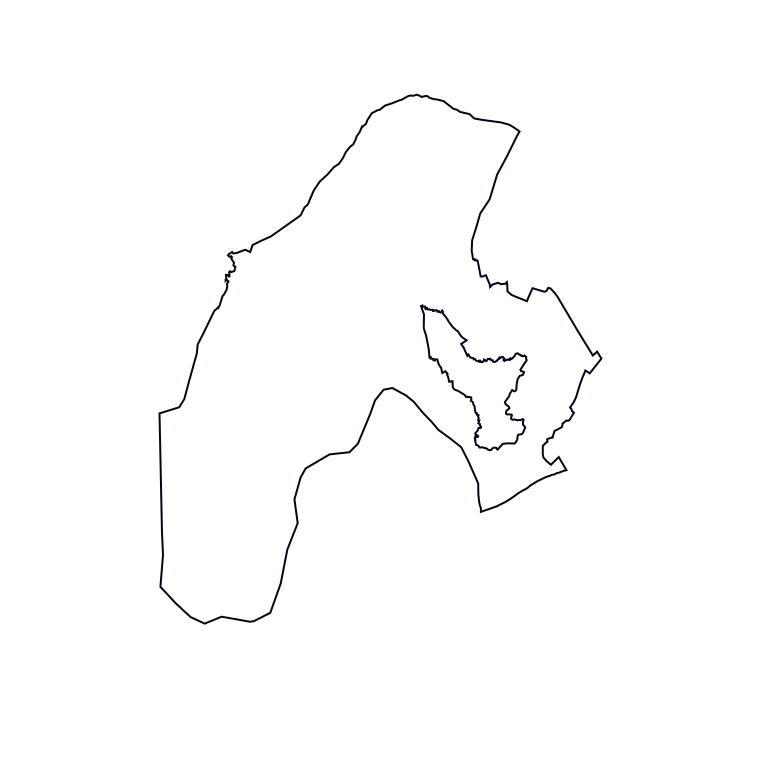 Ohaukwu, Ebonyi, Nigeria, rotated 200°
{"feature_id": "59680162B24000905354670", "entity_name": "Ohaukwu", "entity_type": "district", "adm_level": 2, "iso_a3": "NGA", "parent_name": "Nigeria", "parent_adm1": "Ebonyi", "projection": "natural_earth1", "projection_center": [7.913, 6.539], "detail": "fine", "context": "isolated", "style": "outline", "palette": "ink", "viewbox_px": 768, "rotation_deg": 200, "n_neighbors": 0, "source": "geoboundaries", "source_scale": "gbopen_adm2", "svg_char_len": 6165}
<svg xmlns="http://www.w3.org/2000/svg" viewBox="0 0 768 768"><g transform="rotate(200 384 384)"><path d="M344.0,661.3L343.0,667.6L348.9,669.3L355.1,670.5L363.5,669.8L382.4,665.7L390.1,664.4L396.0,666.9L405.4,665.7L409.3,666.7L413.2,666.4L424.7,670.2L431.4,669.5L434.8,668.7L439.2,668.5L441.8,669.4L443.4,668.9L446.9,666.6L449.2,667.1L452.3,667.0L454.8,665.0L458.8,663.7L461.0,661.4L464.5,657.3L466.8,655.6L472.5,650.5L478.2,646.0L482.0,640.0L483.8,639.0L488.1,634.2L489.9,626.3L489.9,622.3L490.6,621.0L491.7,619.5L492.3,618.0L492.7,618.2L493.0,612.7L494.4,607.2L494.2,604.9L494.8,598.9L497.1,595.2L499.2,588.8L499.9,582.0L501.6,575.7L505.4,570.3L508.7,561.7L513.6,552.3L516.2,541.8L517.0,526.6L519.1,522.7L520.0,514.0L540.8,484.0L547.4,477.6L555.0,469.7L554.9,462.2L560.3,462.7L567.5,456.5L570.4,455.1L571.9,456.1L574.3,452.8L574.6,451.5L572.8,450.7L571.3,451.8L570.3,451.2L570.5,449.9L569.2,448.7L566.4,446.6L566.0,443.9L565.2,443.5L563.8,443.4L563.3,439.8L563.4,438.9L565.8,436.9L567.2,437.4L567.6,437.0L567.6,435.8L566.0,432.5L566.4,432.0L568.2,432.9L569.2,432.8L569.8,432.4L568.3,429.2L567.9,428.8L568.5,427.8L568.2,427.0L568.0,427.5L567.1,427.8L565.2,427.2L565.8,423.9L564.9,422.9L564.1,418.9L564.9,413.5L565.8,411.3L565.3,402.0L565.7,398.9L566.2,399.1L567.3,396.6L568.3,395.0L568.6,393.6L571.1,369.2L572.6,357.4L570.3,348.4L568.2,320.7L566.5,301.5L568.5,292.1L584.9,279.6L541.6,167.9L533.2,147.8L524.7,116.9L504.1,106.4L485.9,98.8L470.6,97.5L457.0,109.8L428.9,114.7L425.3,116.5L412.6,130.1L412.8,161.1L418.2,195.3L417.5,223.7L428.7,245.0L430.4,267.8L428.7,277.9L411.1,299.2L393.1,308.1L388.1,319.0L386.7,350.8L386.8,365.6L382.4,378.5L374.8,383.1L359.6,380.8L350.0,377.5L337.7,370.3L326.2,364.7L317.2,359.5L302.7,355.3L289.8,351.0L278.3,340.3L261.5,322.8L257.4,312.1L253.9,305.1L252.5,302.8L250.6,300.7L249.2,297.0L235.6,308.1L234.3,309.8L229.5,314.7L225.6,319.7L220.4,327.4L217.0,331.6L215.6,333.0L213.7,335.3L211.6,339.0L210.4,340.5L208.8,342.3L206.5,345.3L203.2,348.7L199.5,352.4L197.1,354.1L195.2,356.0L192.8,357.4L191.2,359.3L189.3,360.5L185.5,363.8L183.1,365.4L194.8,375.1L199.5,365.2L204.9,367.2L209.1,369.5L210.9,372.6L213.6,380.2L211.6,384.5L210.6,385.6L211.8,387.9L211.7,388.2L208.3,390.7L208.1,391.2L207.3,391.2L207.7,398.1L202.2,404.2L202.2,406.5L202.7,407.7L200.1,412.1L198.3,412.4L197.3,413.9L195.7,422.0L198.0,422.8L199.4,424.6L201.1,425.5L199.5,431.7L199.0,437.5L199.7,450.4L199.7,459.4L199.4,462.2L199.4,465.6L194.3,464.4L188.4,482.2L194.8,487.3L197.5,482.2L221.0,500.9L250.4,525.0L254.1,527.6L260.3,530.8L262.6,530.6L263.1,527.1L264.7,525.6L277.2,524.8L277.9,515.0L278.0,510.7L290.9,511.1L294.4,511.3L299.6,513.2L301.8,518.6L303.4,521.7L304.4,519.6L308.4,517.8L311.5,518.1L315.9,514.7L317.5,511.4L318.6,513.6L325.4,521.0L327.2,519.7L327.7,518.9L329.9,518.1L336.9,529.8L338.4,532.0L340.3,531.5L340.7,532.3L341.0,532.3L341.4,531.4L342.3,532.2L343.0,531.8L347.1,539.1L350.3,549.1L350.9,563.1L351.9,577.1L347.9,593.7L349.3,619.6L346.3,640.3L344.0,661.3ZM273.3,357.7L275.4,358.5L276.6,358.2L279.1,362.2L278.9,362.7L280.1,363.9L280.3,364.7L280.1,366.2L278.6,365.8L277.8,366.2L277.7,367.2L278.4,367.6L280.7,367.9L281.2,368.5L281.2,369.6L280.2,371.8L280.1,375.0L278.1,375.8L278.2,377.1L278.8,377.5L279.5,377.7L280.2,379.2L281.9,379.3L282.0,382.5L283.0,382.1L283.3,382.8L283.5,384.6L284.6,385.8L284.5,387.0L285.1,387.1L285.7,386.7L286.6,387.5L286.8,388.3L287.6,388.0L288.8,389.2L291.5,394.3L293.0,395.3L293.6,396.4L294.6,397.5L296.7,398.0L296.7,399.5L297.5,401.2L299.5,400.9L300.9,400.3L301.4,400.6L302.0,400.2L302.8,400.0L303.6,400.8L305.1,401.5L312.3,402.9L314.8,402.8L316.9,403.3L318.5,405.0L320.6,410.1L323.5,408.4L325.9,412.2L328.3,415.0L328.0,415.5L330.7,417.0L333.0,414.3L333.9,415.6L336.1,419.2L337.0,419.3L340.0,422.0L342.3,425.3L344.5,424.6L344.2,423.6L345.7,423.2L346.4,424.4L348.8,423.8L349.3,425.1L350.2,424.4L354.1,432.4L357.4,437.9L361.2,444.2L365.4,449.5L366.2,451.4L370.2,463.0L375.9,469.9L374.8,470.9L374.0,469.7L373.0,470.5L371.9,470.8L371.6,470.1L371.0,470.1L371.1,469.2L370.6,468.7L370.0,469.6L369.5,470.0L369.1,469.1L368.0,469.0L367.0,469.8L366.0,469.4L363.7,470.4L362.9,470.4L362.8,469.5L361.5,470.1L360.2,471.3L359.3,471.2L358.5,470.2L357.6,470.6L357.7,471.2L357.5,471.3L357.1,471.2L356.5,470.5L355.4,470.4L354.9,470.8L354.6,471.5L354.7,472.1L354.4,473.1L354.2,473.0L353.3,471.8L352.4,470.1L349.8,468.7L346.4,466.4L345.4,465.4L343.8,464.2L338.4,460.7L337.4,460.5L334.9,459.3L332.8,458.9L328.1,455.4L326.0,454.5L321.3,453.3L325.2,448.0L321.7,445.5L315.4,439.0L314.8,440.6L312.4,438.7L310.4,438.5L309.8,438.7L308.7,438.6L308.1,437.9L307.2,438.7L306.6,438.4L305.5,437.4L303.5,437.4L303.0,438.4L301.5,438.8L301.3,437.5L299.0,438.2L298.2,439.5L298.3,441.2L297.7,441.1L296.4,440.6L295.6,440.7L295.0,443.1L293.4,443.3L293.2,443.8L292.9,444.1L292.6,443.9L292.2,443.3L291.2,443.3L290.5,443.0L289.9,443.4L288.9,442.2L287.2,442.7L286.0,444.4L285.5,444.8L285.7,445.4L285.2,446.3L284.8,446.5L284.5,447.1L284.7,447.9L284.6,448.3L283.9,447.8L283.0,449.1L282.3,449.9L281.7,450.1L280.3,449.4L279.8,447.1L278.7,446.9L278.7,448.5L278.0,448.0L276.8,448.5L275.8,449.6L275.3,449.4L274.2,451.1L273.7,450.0L272.3,451.8L270.8,455.1L270.7,456.9L269.6,458.3L268.4,458.5L267.4,457.9L266.9,457.8L266.1,458.1L264.9,457.5L264.3,457.8L263.7,457.4L262.3,458.0L261.9,458.8L259.6,458.1L259.3,456.5L258.5,455.9L258.0,454.8L259.0,451.6L260.7,444.0L259.6,443.0L257.1,443.2L256.4,443.0L256.6,440.0L259.2,438.1L260.1,434.4L259.2,429.0L257.7,423.8L258.3,422.1L259.1,421.7L261.5,422.1L262.4,418.0L262.2,415.4L264.2,408.4L263.0,406.7L259.9,405.8L258.4,404.9L257.9,404.0L258.5,402.8L259.7,400.9L259.7,399.1L259.2,397.9L258.2,397.5L253.8,398.9L253.0,398.2L253.1,395.8L252.3,394.5L250.7,394.4L249.3,395.4L246.2,395.5L245.4,396.2L243.5,396.6L242.0,398.2L241.6,398.5L240.8,398.4L240.5,397.8L240.6,396.3L239.5,393.4L236.9,391.9L236.4,391.4L236.7,386.5L237.0,384.6L237.9,383.8L240.5,382.2L240.6,381.1L239.8,377.2L240.2,374.5L241.0,372.7L247.3,370.6L252.0,368.3L254.8,361.2L255.5,361.4L256.6,362.4L258.9,361.9L260.2,360.4L260.7,358.8L262.0,357.9L264.0,357.9L265.1,358.5L270.2,358.1L271.1,357.5L272.5,357.0L273.3,357.7Z" fill="none" stroke="#020617" stroke-width="2"/></g></svg>